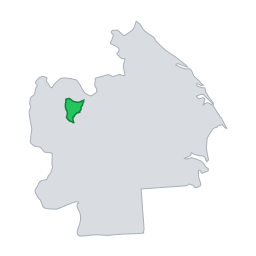 Lèbombi-Leyou, Haut-Ogooué, Gabon (highlighted), rotated 176°
{"feature_id": "22940354B21970441224980", "entity_name": "Lèbombi-Leyou", "entity_type": "district", "adm_level": 2, "iso_a3": "GAB", "parent_name": "Gabon", "parent_adm1": "Haut-Ogooué", "projection": "orthographic", "projection_center": [13.158, -1.435], "detail": "fine", "context": "in_parent", "style": "filled", "palette": "green", "viewbox_px": 256, "rotation_deg": 176, "n_neighbors": 0, "source": "geoboundaries", "source_scale": "gbopen_adm2", "svg_char_len": 5005}
<svg xmlns="http://www.w3.org/2000/svg" viewBox="0 0 256 256"><g transform="rotate(176 128 128)"><path d="M186.0,26.7L185.8,29.1L183.1,35.0L181.8,39.4L181.5,44.2L182.3,48.1L183.6,50.8L184.4,53.8L183.8,55.9L182.5,56.8L183.3,57.8L185.3,58.1L188.7,57.2L193.8,55.6L200.6,53.3L205.0,52.0L212.3,52.8L216.2,53.7L218.3,55.3L220.4,62.2L221.5,63.2L223.3,66.2L224.7,69.7L225.1,71.5L224.9,72.8L223.4,74.7L221.7,77.4L221.1,79.1L219.7,80.4L218.0,81.6L213.1,82.1L212.3,82.9L210.9,85.8L208.4,88.4L207.2,90.7L206.1,93.9L206.4,97.8L205.8,103.5L205.3,107.4L206.6,108.7L212.5,109.6L213.6,110.4L215.1,112.8L217.1,115.0L222.5,116.4L224.6,118.1L226.3,120.0L226.5,121.5L225.3,127.7L224.1,133.6L224.5,138.1L225.0,142.4L225.6,148.6L225.3,152.5L223.8,154.8L223.8,156.6L224.5,158.8L223.2,164.9L222.3,165.9L219.9,167.1L218.6,168.7L218.2,171.3L216.9,174.8L215.6,176.1L215.6,177.7L216.9,178.9L216.9,180.7L214.5,182.9L213.0,184.6L209.8,185.4L206.2,184.5L205.3,183.3L206.2,181.4L205.9,179.9L204.7,178.3L202.7,174.2L201.0,173.4L200.0,175.0L197.1,178.2L191.8,182.1L188.2,182.5L181.4,181.2L175.7,179.3L173.0,174.7L171.3,170.8L168.9,166.3L166.2,164.2L163.3,162.8L162.0,162.7L157.9,165.2L156.6,166.2L156.6,168.3L157.0,170.3L157.6,171.2L158.2,172.5L158.1,174.4L157.4,177.0L157.1,179.9L144.1,182.7L141.8,181.7L140.2,180.4L138.2,180.6L132.6,182.1L130.5,181.1L128.4,180.3L127.5,181.0L127.4,182.2L128.4,189.0L128.1,191.6L126.8,194.9L126.2,197.2L129.6,197.8L130.9,198.9L132.1,200.6L133.7,202.2L133.8,203.2L132.0,204.9L131.3,207.1L132.2,208.8L134.6,210.6L138.0,212.4L139.7,213.6L139.5,214.7L137.9,217.1L137.3,219.1L136.2,220.9L136.5,222.5L138.0,224.1L137.8,225.5L136.8,226.5L134.7,226.3L132.9,226.5L131.2,226.0L126.2,220.7L125.1,220.5L117.7,224.6L115.9,226.3L114.4,228.8L112.3,234.0L109.0,231.0L106.1,225.4L102.7,221.9L95.7,216.4L93.8,212.3L85.6,203.3L74.0,194.2L65.6,186.4L64.3,184.7L65.7,184.9L73.8,188.8L74.9,188.4L75.9,187.5L72.4,185.4L69.0,183.8L65.9,182.8L62.7,182.9L61.0,181.3L59.8,178.7L59.3,176.6L57.9,174.3L53.4,169.7L52.3,167.9L49.9,165.4L51.3,165.1L56.1,167.5L56.5,166.5L56.1,165.1L51.3,162.9L48.7,162.8L48.1,161.2L48.5,159.4L45.0,152.7L41.5,147.6L40.9,145.2L50.5,156.2L51.8,156.4L53.5,156.3L57.5,155.0L56.7,153.6L54.9,152.0L53.2,152.7L50.9,152.9L49.7,152.2L49.2,151.1L51.5,145.7L50.5,146.0L49.8,147.0L48.5,147.4L46.6,147.7L41.9,144.8L37.7,137.1L36.6,135.5L35.4,132.8L34.3,131.7L29.5,120.7L31.4,121.5L33.6,124.7L37.8,124.0L39.5,122.2L40.9,122.3L42.4,121.8L44.3,120.1L49.7,112.5L51.2,102.5L50.7,96.6L49.9,90.7L51.7,88.8L52.4,90.0L52.8,92.1L53.6,93.7L55.6,95.1L59.2,95.4L64.8,97.6L66.7,99.0L67.3,96.2L73.7,93.8L71.8,93.0L66.1,93.9L58.2,90.4L55.6,88.2L53.2,83.9L50.7,81.7L50.9,79.7L56.5,77.8L58.0,78.0L58.6,80.2L60.1,81.1L60.7,80.8L60.9,79.0L60.9,73.9L59.2,66.7L59.7,65.3L61.3,64.8L62.7,63.9L63.6,63.7L65.5,63.9L66.5,65.5L67.0,66.4L68.9,66.9L70.5,67.8L71.9,67.5L73.0,66.5L74.7,66.3L79.8,66.3L84.4,66.3L93.7,66.3L102.9,66.3L112.2,66.3L119.2,66.3L119.2,62.2L119.1,55.9L119.1,48.3L119.1,41.1L119.0,34.5L119.0,26.6L119.4,24.3L119.8,23.4L119.7,22.1L126.9,22.0L139.8,22.5L145.5,22.5L147.1,22.6L154.2,22.2L159.9,22.7L162.4,23.2L164.6,23.5L171.5,23.8L180.4,23.4L183.5,23.5L185.2,24.6L186.0,26.7Z" fill="#d9dde1" stroke="#a8b0b8" stroke-width="1"/><path d="M170.4,157.1L170.5,157.8L170.4,158.4L170.3,158.7L170.7,158.5L171.4,158.4L171.9,158.3L172.4,158.2L172.8,158.0L173.1,157.8L173.8,157.5L174.3,157.3L174.9,157.2L175.8,157.2L176.7,157.2L177.2,157.2L177.8,157.4L178.3,157.7L179.2,157.9L180.0,158.1L180.6,158.3L181.1,158.7L181.7,159.2L182.1,159.6L182.5,160.0L183.1,160.5L183.8,161.1L184.1,161.3L184.7,161.6L185.1,161.6L185.8,161.5L186.4,161.4L186.9,161.3L187.4,161.0L187.8,160.9L188.0,160.9L188.1,159.8L188.1,159.1L188.2,158.3L188.3,157.8L188.5,157.4L188.6,156.9L188.8,156.1L188.9,154.7L189.0,153.4L189.0,153.0L188.9,152.6L188.8,152.1L188.6,151.0L188.5,150.6L188.3,150.3L188.2,150.2L187.9,149.5L187.7,149.3L187.7,149.0L187.6,148.6L187.6,147.9L187.6,147.4L187.4,147.0L187.4,146.6L187.4,146.2L187.6,145.9L187.7,145.5L187.9,145.0L188.0,144.6L188.2,144.3L188.4,143.9L188.3,143.6L188.5,143.5L188.6,143.0L188.6,142.6L188.4,142.4L188.2,142.2L187.9,141.7L187.6,141.3L187.3,140.9L187.3,140.7L187.1,140.5L186.8,140.3L186.6,140.1L186.4,139.8L186.3,139.4L186.1,139.2L185.8,139.1L185.5,139.0L185.3,138.9L185.2,138.9L184.8,138.7L184.6,138.5L184.1,138.4L183.6,138.1L183.0,137.8L182.6,137.4L182.3,137.1L181.7,137.2L181.8,137.5L181.9,138.0L182.1,138.5L182.3,139.4L182.3,140.2L182.4,142.5L182.1,142.8L181.8,142.9L180.9,143.1L180.7,143.6L180.6,144.2L180.3,144.6L179.6,145.0L178.4,146.1L177.8,146.8L177.4,146.9L177.0,146.8L176.7,146.7L176.3,146.7L176.1,147.0L175.8,147.1L175.5,147.1L175.2,147.0L174.9,147.1L174.8,147.3L175.0,147.4L175.1,147.7L175.2,148.0L175.1,148.4L174.9,148.6L174.6,148.8L174.4,148.9L173.9,149.2L173.6,149.7L173.4,150.1L173.5,151.8L173.2,152.2L173.0,152.4L172.9,152.8L172.6,153.2L172.1,153.5L171.9,153.7L171.7,154.4L171.7,154.7L171.6,155.2L171.4,155.7L171.1,156.2L170.7,156.8L170.4,157.1Z" fill="#22c55e" stroke="#15803d" stroke-width="1.5"/></g></svg>